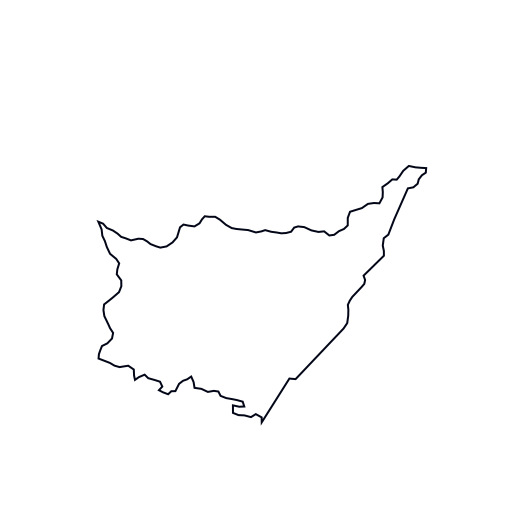 São Miguel das Matas, Bahia, Brazil (Robinson projection), rotated 319°
{"feature_id": "56859067B28350872520610", "entity_name": "São Miguel das Matas", "entity_type": "district", "adm_level": 2, "iso_a3": "BRA", "parent_name": "Brazil", "parent_adm1": "Bahia", "projection": "robinson", "projection_center": [-39.418, -13.038], "detail": "fine", "context": "isolated", "style": "outline", "palette": "ink", "viewbox_px": 512, "rotation_deg": 319, "n_neighbors": 0, "source": "geoboundaries", "source_scale": "gbopen_adm2", "svg_char_len": 2168}
<svg xmlns="http://www.w3.org/2000/svg" viewBox="0 0 512 512"><g transform="rotate(319 256 256)"><path d="M151.2,385.3L200.8,370.4L205.1,374.9L274.4,368.2L280.8,366.5L286.4,361.6L290.4,357.2L293.3,353.1L297.6,351.2L302.0,350.0L315.3,348.7L319.4,348.1L322.6,345.7L324.3,341.4L352.7,339.7L355.8,336.1L358.5,331.3L364.1,326.4L369.9,326.7L379.7,321.5L384.4,319.0L415.0,304.6L419.8,307.4L425.4,307.5L429.2,304.9L434.2,303.9L438.8,304.5L442.1,301.3L438.6,297.9L434.6,293.8L430.4,288.3L423.0,288.3L416.6,290.0L412.3,290.7L409.1,287.6L403.3,287.6L396.6,286.9L393.6,291.0L390.0,294.8L383.7,297.2L379.8,293.4L374.7,290.1L367.3,289.3L361.9,286.9L356.0,284.3L350.3,287.4L345.3,293.1L340.1,293.3L335.0,291.7L328.9,291.3L324.8,288.6L323.6,282.1L318.9,278.8L314.6,273.0L311.4,265.9L307.2,261.3L303.5,259.6L298.4,260.7L293.8,258.4L290.0,255.5L287.0,251.8L283.3,247.6L279.9,242.5L276.1,240.9L271.4,238.2L267.1,231.3L262.5,226.5L258.9,222.7L256.0,219.0L253.8,212.8L252.6,204.9L250.9,199.6L246.3,195.6L243.4,192.4L239.3,192.9L234.8,194.3L229.0,193.3L225.0,188.8L221.9,184.7L217.5,184.5L212.9,187.4L208.6,190.1L201.9,191.0L194.8,190.1L189.3,186.9L187.0,183.2L184.2,177.8L183.4,173.5L181.9,169.1L178.6,165.8L171.9,162.2L169.1,156.9L166.8,153.1L166.2,148.3L164.7,142.8L161.8,137.0L161.8,131.3L159.5,126.7L156.9,134.7L153.3,139.9L151.7,145.7L149.3,151.4L147.3,158.6L148.6,166.5L147.9,171.8L142.6,175.1L138.9,178.5L138.3,186.0L134.5,190.5L128.9,193.4L120.8,193.4L115.2,193.2L109.6,192.9L105.4,196.7L102.1,201.9L99.8,210.4L98.5,214.7L97.7,220.3L93.2,223.8L86.5,224.4L80.7,222.9L76.6,225.0L73.1,227.0L69.9,230.1L73.3,236.5L75.6,240.9L77.3,246.0L80.2,250.4L83.8,252.6L87.6,255.0L89.3,261.5L85.5,266.3L83.4,270.1L88.2,270.6L94.1,272.5L94.5,277.5L98.3,283.3L101.1,287.9L99.6,293.1L94.7,293.6L96.4,297.9L99.0,302.7L103.4,302.5L106.5,305.1L114.1,302.0L119.1,302.3L123.1,303.9L128.0,304.5L126.2,310.2L123.1,315.2L127.6,320.4L130.5,327.0L135.7,330.1L138.7,333.6L137.5,338.3L140.3,343.7L143.9,348.1L147.0,352.1L150.4,357.2L148.4,361.9L144.5,358.8L140.6,353.6L135.7,359.3L138.4,364.6L142.7,368.7L146.5,374.3L152.1,375.2L154.4,381.5L151.2,385.3Z" fill="none" stroke="#020617" stroke-width="2"/></g></svg>